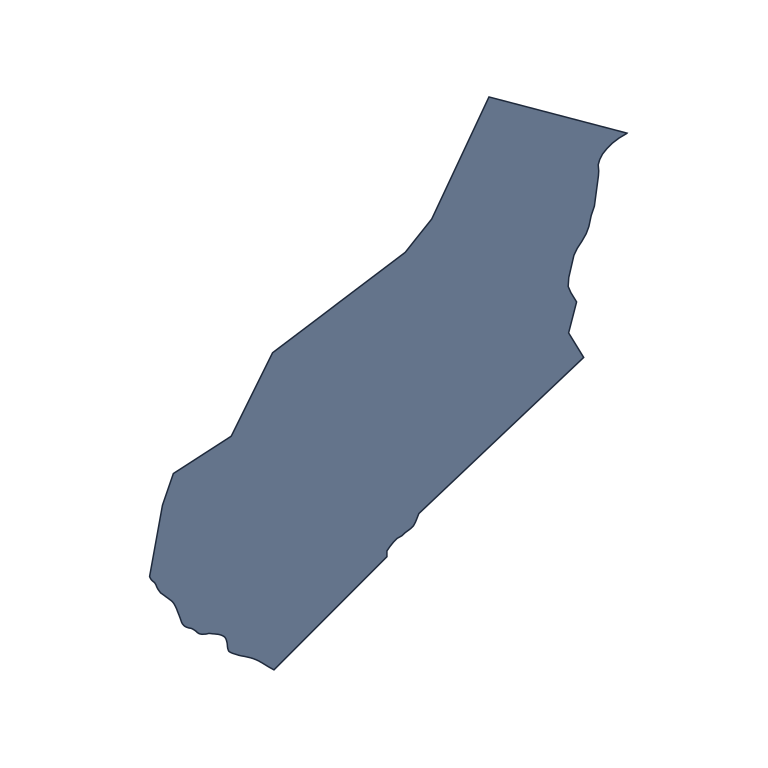 outline of Alubaren, Francisco Morazán, Honduras, rotated 283°
{"feature_id": "27666195B63650973406682", "entity_name": "Alubaren", "entity_type": "district", "adm_level": 2, "iso_a3": "HND", "parent_name": "Honduras", "parent_adm1": "Francisco Morazán", "projection": "mercator", "projection_center": [-87.513, 13.786], "detail": "fine", "context": "isolated", "style": "filled", "palette": "slate", "viewbox_px": 768, "rotation_deg": 283, "n_neighbors": 0, "source": "geoboundaries", "source_scale": "gbopen_adm2", "svg_char_len": 5064}
<svg xmlns="http://www.w3.org/2000/svg" viewBox="0 0 768 768"><g transform="rotate(283 384 384)"><path d="M683.1,564.4L687.3,421.7L555.5,393.4L532.3,382.3L517.1,375.1L452.4,321.0L440.1,310.8L396.6,274.4L389.4,268.4L300.1,247.2L298.7,246.8L249.4,198.9L216.1,195.4L156.2,198.3L143.8,198.9L143.5,199.0L143.3,199.2L143.1,199.4L142.8,199.5L142.6,199.7L142.4,199.9L142.2,200.1L141.9,200.3L141.7,200.5L141.4,200.8L141.2,201.0L140.9,201.4L140.7,201.6L140.6,201.8L140.5,202.0L140.4,202.2L140.3,202.4L140.1,202.6L140.0,202.8L139.9,203.0L139.7,203.4L139.6,203.6L139.5,203.9L139.4,204.1L139.2,204.4L139.1,204.6L139.0,204.8L138.9,205.0L138.7,205.3L138.5,205.5L138.4,205.6L138.2,205.8L137.9,206.1L137.6,206.4L137.5,206.5L137.3,206.7L137.2,206.8L136.8,207.1L136.7,207.2L136.5,207.3L136.3,207.4L136.1,207.6L135.8,207.8L135.6,207.9L135.3,208.1L135.1,208.3L134.8,208.5L134.6,208.7L134.3,208.9L134.1,209.1L133.9,209.3L133.7,209.5L133.4,209.7L133.0,210.1L132.3,210.9L131.5,211.8L130.6,212.9L130.5,213.0L130.4,213.1L130.2,213.3L129.8,214.4L129.4,215.3L128.6,217.3L127.7,219.2L126.9,221.2L126.0,223.2L125.6,224.1L125.2,225.1L125.1,225.3L125.0,225.5L124.9,225.6L124.8,225.8L124.7,226.0L124.5,226.4L124.4,226.6L124.2,226.9L124.0,227.1L123.9,227.3L123.7,227.5L123.5,227.8L123.3,228.0L123.2,228.2L123.0,228.4L122.8,228.6L122.6,228.8L122.4,229.0L122.2,229.2L122.0,229.4L121.8,229.6L121.6,229.7L121.4,229.9L120.5,230.7L119.1,231.8L118.6,232.2L118.1,232.6L117.3,233.1L116.2,233.8L115.1,234.6L114.5,235.0L113.9,235.4L113.3,235.8L112.7,236.3L111.7,236.9L110.7,237.6L110.3,237.9L109.9,238.1L109.5,238.4L109.1,238.6L108.2,239.2L106.7,240.1L106.4,240.3L106.2,240.5L105.9,240.7L105.7,240.9L105.6,241.0L105.3,241.2L105.2,241.3L105.0,241.5L104.9,241.6L104.8,241.8L104.7,241.9L104.6,242.0L104.4,242.3L104.2,242.6L104.0,242.8L103.9,243.0L103.7,243.2L103.6,243.4L103.5,243.7L103.4,243.9L103.2,244.1L103.2,244.3L103.1,244.6L103.0,244.8L102.9,245.0L102.9,245.3L102.8,245.5L102.7,245.8L102.7,246.1L102.6,246.3L102.6,246.6L102.6,246.9L102.5,247.1L102.5,247.4L102.5,247.7L102.5,248.0L102.4,248.2L102.4,248.5L102.4,248.9L102.4,249.1L102.4,249.4L102.5,249.6L102.5,249.8L102.5,250.0L102.5,250.3L102.5,250.5L102.5,250.8L102.5,251.0L102.5,251.4L102.4,251.5L102.4,251.9L102.4,252.1L102.3,252.4L102.2,252.6L102.2,252.8L102.0,253.2L101.9,253.6L101.8,254.0L101.6,254.4L101.5,254.8L101.2,255.5L101.1,255.9L101.0,256.0L100.9,256.2L100.8,256.3L100.8,256.5L100.7,256.7L100.6,256.8L100.5,257.0L100.4,257.2L100.3,257.3L100.2,257.4L100.1,257.5L100.0,257.8L99.9,257.9L99.9,258.0L99.8,258.3L99.7,258.4L99.6,258.6L99.5,258.9L99.5,259.0L99.4,259.2L99.4,259.3L99.3,259.5L99.3,259.8L99.2,259.9L99.2,260.1L99.1,260.4L99.1,260.6L99.1,260.9L99.1,261.1L99.1,261.3L99.1,261.5L99.1,261.8L99.1,262.1L99.1,262.3L99.2,262.6L99.2,262.9L99.2,263.1L99.3,263.3L99.4,263.8L99.6,264.3L99.7,264.8L99.9,265.3L100.1,266.2L100.2,266.5L100.3,266.7L100.4,267.0L100.5,267.3L100.6,267.5L100.8,267.8L100.9,268.1L101.0,268.3L101.3,268.8L101.4,269.0L101.5,269.3L101.6,269.5L101.6,269.8L101.7,270.0L101.8,270.9L101.9,271.7L102.0,272.9L102.2,274.1L102.4,275.3L102.5,276.5L102.6,277.3L102.7,278.1L102.8,278.3L102.8,278.5L102.8,278.8L102.8,279.1L102.8,279.9L102.8,280.6L102.7,281.6L102.7,281.8L102.7,282.1L102.6,282.4L102.6,282.5L102.5,282.9L102.5,283.1L102.4,283.3L102.4,283.6L102.3,283.8L102.2,284.1L102.1,284.4L102.1,284.6L101.9,284.9L101.9,285.1L101.8,285.3L101.7,285.4L101.6,285.6L101.5,285.8L101.4,285.9L101.3,286.1L101.1,286.3L100.8,286.6L100.7,286.7L100.5,286.9L100.4,287.0L100.1,287.2L100.0,287.3L99.8,287.5L99.6,287.6L99.3,287.8L99.1,287.9L99.0,288.0L98.8,288.1L98.5,288.3L98.1,288.5L97.6,288.7L97.2,289.0L96.7,289.2L96.3,289.4L95.8,289.6L95.5,289.7L95.2,289.8L94.9,289.9L94.6,290.0L94.4,290.1L94.0,290.2L93.6,290.3L93.3,290.4L93.0,290.5L92.7,290.6L92.4,290.7L92.0,290.9L91.8,291.0L91.6,291.1L91.4,291.1L91.2,291.2L91.0,291.3L90.8,291.4L90.6,291.6L90.3,291.8L90.1,291.9L89.9,292.0L89.7,292.1L89.5,292.3L89.3,292.4L89.2,292.5L88.9,292.7L88.8,292.8L88.7,293.0L88.5,293.3L88.4,293.5L88.3,293.9L88.2,294.1L88.1,294.3L88.0,294.6L87.9,294.9L87.9,295.3L87.8,295.7L87.7,296.1L87.6,296.5L87.5,297.3L87.3,300.0L87.1,302.6L87.0,303.0L87.0,303.4L87.0,303.8L87.0,304.1L87.0,304.6L87.0,306.1L87.1,307.9L87.2,309.3L87.2,311.1L87.2,312.4L87.2,313.7L87.2,314.4L87.2,315.2L87.2,315.7L87.2,316.1L87.1,316.6L87.1,317.3L87.0,318.2L86.9,319.1L86.7,320.2L86.6,321.2L86.2,323.0L86.1,323.5L86.0,324.1L85.7,325.1L85.3,326.3L85.0,327.5L84.7,328.4L84.4,329.3L84.3,329.6L84.2,329.8L83.9,330.8L83.6,331.7L83.0,333.4L82.2,335.9L81.5,338.4L80.7,341.1L216.4,425.7L222.0,424.4L226.9,426.3L232.1,428.8L236.5,431.5L240.2,435.6L243.7,437.9L249.1,442.5L252.4,444.6L256.4,445.7L259.4,446.2L265.6,447.1L317.4,481.5L339.0,495.8L454.8,572.6L475.3,552.4L507.3,553.2L515.1,545.5L520.5,541.5L529.3,540.1L541.0,540.1L552.1,540.1L554.0,540.5L559.7,541.8L567.6,544.7L575.9,547.2L583.5,548.2L594.8,548.0L604.6,549.0L635.1,546.1L639.9,545.3L645.8,543.4L651.2,543.7L657.2,545.2L663.6,548.3L669.9,552.2L676.3,557.5L682.9,564.3L683.1,564.4Z" fill="#64748b" stroke="#1e293b" stroke-width="1.5"/></g></svg>